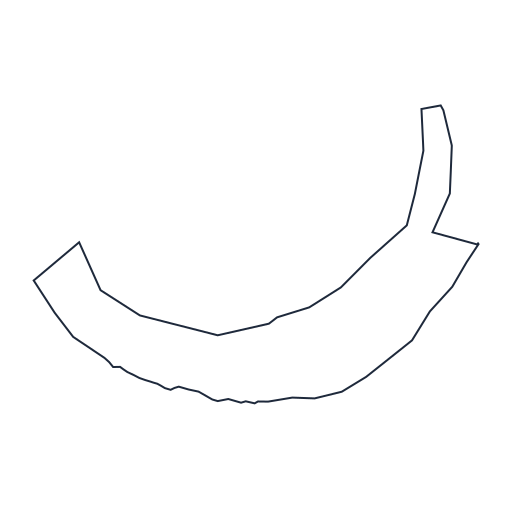 outline of Niuafo'ou, Tonga, rotated 89°
{"feature_id": "48082658B75580171821310", "entity_name": "Niuafo'ou", "entity_type": "district", "adm_level": 2, "iso_a3": "TON", "parent_name": "Tonga", "parent_adm1": "", "projection": "orthographic", "projection_center": [-175.613, -15.598], "detail": "fine", "context": "isolated", "style": "outline", "palette": "slate", "viewbox_px": 512, "rotation_deg": 89, "n_neighbors": 0, "source": "geoboundaries", "source_scale": "gbopen_adm2", "svg_char_len": 927}
<svg xmlns="http://www.w3.org/2000/svg" viewBox="0 0 512 512"><g transform="rotate(89 256 256)"><path d="M333.7,440.2L355.3,409.2L359.5,404.7L364.5,400.8L364.5,393.8L366.9,390.7L369.8,386.6L373.0,380.1L375.9,374.8L378.1,368.9L379.8,363.6L380.8,360.8L382.0,356.9L384.0,353.4L386.5,349.4L388.3,343.7L386.5,339.8L385.3,335.5L388.3,325.7L390.6,315.8L398.7,302.2L400.4,296.8L398.5,286.2L402.4,273.5L401.1,268.8L403.3,259.9L401.5,256.6L401.8,246.4L398.2,222.2L399.4,199.9L393.2,172.6L378.8,148.0L363.7,128.3L343.1,101.5L314.4,83.1L290.2,60.3L265.8,45.5L248.0,33.3L247.3,33.8L248.3,34.7L235.4,79.1L196.9,61.1L175.3,59.8L149.2,58.3L148.0,58.5L113.6,66.1L108.7,68.7L111.9,88.0L145.7,87.0L153.7,86.8L174.0,91.2L196.8,96.1L228.0,104.7L259.8,141.7L288.9,171.7L308.3,203.7L317.7,236.0L323.9,244.3L334.6,295.7L313.4,373.1L287.5,412.0L239.2,432.6L276.6,478.7L309.2,458.3L333.7,440.2Z" fill="none" stroke="#1e293b" stroke-width="2"/></g></svg>